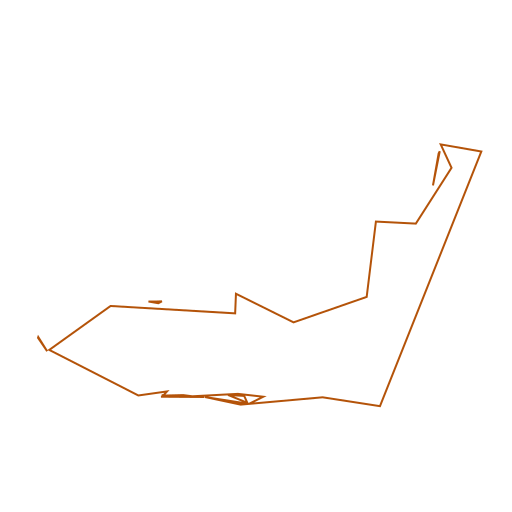 the State of Florida, rotated 108°
{"feature_id": "USA-3542", "entity_name": "Florida", "entity_type": "State", "adm_level": 1, "iso_a3": "USA", "parent_name": "United States of America", "parent_adm1": "", "projection": "equal_earth", "projection_center": [-82.742, 27.771], "detail": "coarse", "context": "isolated", "style": "outline", "palette": "amber", "viewbox_px": 512, "rotation_deg": 108, "n_neighbors": 0, "source": "natural_earth", "source_scale": "10m", "svg_char_len": 727}
<svg xmlns="http://www.w3.org/2000/svg" viewBox="0 0 512 512"><g transform="rotate(108 256 256)"><path d="M92.8,114.8L87.0,74.0L360.5,91.7L369.8,149.0L402.1,224.7L405.9,261.1L398.8,217.0L387.6,205.6L392.7,230.6L409.1,273.2L410.8,282.3L417.6,301.6L417.6,302.5L416.7,300.8L412.3,298.8L425.0,324.8L409.2,423.6L348.5,378.9L317.0,258.1L298.1,263.4L307.5,199.8L260.7,138.1L186.2,152.6L175.8,114.0L111.7,97.3L92.8,114.8ZM392.7,224.0L398.3,218.9L396.8,239.6L392.7,224.0ZM400.4,438.0L411.1,425.2L401.2,438.0L400.4,438.0ZM99.6,113.6L134.2,109.5L102.0,114.0L99.6,113.6ZM413.2,288.2L406.1,261.7L419.2,302.9L413.2,288.2ZM332.5,344.2L330.2,337.0L328.2,331.5L331.1,334.3L332.5,344.2Z" fill="none" stroke="#b45309" stroke-width="2"/></g></svg>